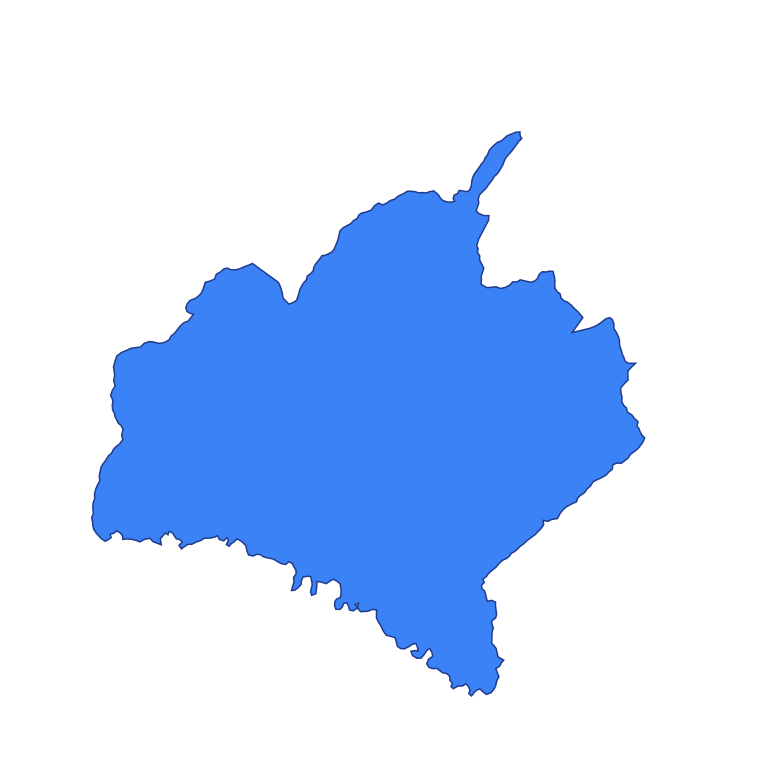 the district of Pindorama do Tocantins, Tocantins, Brazil, rotated 195°
{"feature_id": "56859067B48906669845388", "entity_name": "Pindorama do Tocantins", "entity_type": "district", "adm_level": 2, "iso_a3": "BRA", "parent_name": "Brazil", "parent_adm1": "Tocantins", "projection": "albers", "projection_center": [-47.568, -11.195], "detail": "fine", "context": "isolated", "style": "filled", "palette": "blue", "viewbox_px": 768, "rotation_deg": 195, "n_neighbors": 0, "source": "geoboundaries", "source_scale": "gbopen_adm2", "svg_char_len": 6172}
<svg xmlns="http://www.w3.org/2000/svg" viewBox="0 0 768 768"><g transform="rotate(195 384 384)"><path d="M628.6,171.9L626.6,168.3L622.7,165.0L617.2,161.5L612.7,159.9L610.0,162.3L607.8,165.1L609.7,168.1L606.5,169.7L604.1,173.0L600.4,172.0L597.3,169.7L596.0,166.3L592.3,167.8L588.1,168.6L583.3,168.8L578.9,168.3L575.4,171.7L570.2,174.4L566.2,171.9L557.5,171.1L560.1,176.6L558.4,179.7L557.0,183.4L553.6,182.5L553.4,186.0L550.1,185.6L544.7,180.8L540.8,180.7L538.0,179.2L540.2,175.0L537.0,172.3L535.1,174.8L532.0,178.3L528.1,179.5L524.5,182.8L520.4,185.4L517.9,188.4L511.5,190.4L508.1,192.2L505.5,194.4L502.8,191.2L498.2,191.0L495.9,195.0L493.7,192.6L494.7,188.2L491.5,187.2L490.2,190.3L488.0,192.7L485.8,196.4L481.2,195.2L475.6,192.2L473.4,187.6L470.6,183.8L465.8,184.0L462.8,186.6L459.2,187.2L455.8,185.9L451.3,185.9L445.9,186.3L437.1,183.9L432.3,184.2L429.8,187.8L425.9,186.8L423.3,183.6L420.9,181.4L419.7,177.9L421.3,173.9L419.7,169.4L419.9,160.6L417.0,161.6L414.6,164.5L412.2,169.1L412.9,172.9L412.2,176.6L408.6,178.3L405.0,179.1L402.8,174.9L401.4,171.7L401.4,167.7L401.1,164.1L399.2,161.2L395.6,163.7L396.6,171.3L397.7,175.9L393.6,176.4L388.1,176.2L385.0,179.8L382.6,182.3L378.6,181.4L374.8,179.7L372.4,174.8L371.2,170.3L371.1,166.3L374.3,163.8L375.1,160.6L374.4,157.2L372.1,153.9L368.1,155.0L366.5,157.9L366.2,161.6L363.3,163.0L361.1,160.6L358.7,156.7L354.9,157.0L351.7,160.8L347.7,158.0L340.9,160.3L337.1,163.1L332.8,164.0L330.8,156.3L328.2,153.0L324.7,149.9L321.1,145.6L317.0,142.0L307.6,141.9L303.2,134.2L299.7,132.8L296.0,133.3L292.2,136.5L289.6,139.6L286.1,141.7L283.7,138.6L282.1,135.0L285.5,134.4L288.8,132.8L286.2,129.1L281.2,127.6L277.1,128.9L275.1,133.4L273.7,137.4L271.5,140.5L268.1,136.8L266.5,133.6L269.7,129.6L270.3,124.8L267.4,122.0L263.7,121.6L259.2,122.9L252.9,120.3L248.2,120.5L244.9,118.6L243.6,114.8L240.5,112.5L241.0,109.2L238.3,107.6L234.2,111.5L229.9,112.7L227.3,115.7L224.3,113.7L221.7,110.6L221.9,106.8L218.7,105.4L216.9,109.7L215.0,112.5L212.4,114.2L209.1,112.5L204.8,110.6L200.5,113.7L198.5,118.5L198.0,122.9L198.3,126.9L197.2,130.8L202.4,138.1L199.3,141.3L198.5,144.9L196.9,148.2L200.2,149.1L203.4,150.1L207.2,157.5L210.0,159.8L212.8,161.3L215.4,172.2L215.3,176.6L217.5,179.9L218.7,183.0L215.6,186.9L215.6,190.4L218.9,198.7L219.9,202.3L224.0,202.9L228.1,200.8L230.9,206.2L233.2,210.1L236.8,211.9L237.6,215.1L235.8,218.1L237.9,221.3L235.3,224.4L234.1,227.8L231.5,231.8L228.4,236.1L226.4,240.5L223.5,244.8L220.2,247.4L218.2,250.4L217.2,253.4L214.6,255.9L212.4,258.8L210.6,262.3L208.0,265.4L205.4,269.6L198.9,277.8L197.4,280.7L195.0,284.8L193.3,289.3L195.0,293.5L190.2,293.7L186.9,296.6L181.6,299.0L180.2,305.3L178.2,309.3L176.0,312.6L172.9,315.6L167.5,320.2L167.5,323.8L165.5,327.2L162.2,330.9L160.7,335.2L158.3,338.6L156.7,343.8L153.8,346.4L149.7,349.7L145.8,353.6L143.9,357.4L141.5,360.5L142.0,365.4L138.5,367.9L134.1,369.0L129.2,375.5L127.7,379.8L122.2,386.9L120.0,391.7L118.7,395.7L118.3,399.5L121.4,401.3L123.8,403.5L126.0,406.7L128.8,408.9L128.9,413.4L133.0,415.4L136.4,418.2L141.6,419.8L143.5,423.4L147.1,425.5L149.9,428.8L150.6,432.8L152.7,436.5L154.4,441.4L152.2,446.0L149.3,451.1L150.7,455.4L151.7,459.8L149.5,464.0L146.4,469.1L153.2,467.3L157.0,468.4L159.4,472.0L161.8,474.7L163.2,477.6L165.4,480.5L166.9,483.6L167.8,487.0L169.8,490.4L173.0,494.1L176.3,497.1L177.5,501.6L180.1,505.4L183.3,506.5L186.7,504.3L190.1,499.7L193.1,496.2L196.6,493.2L200.2,490.7L215.6,482.4L209.1,499.6L215.4,504.0L219.5,506.1L223.6,508.7L228.3,510.7L231.7,510.9L235.2,512.9L237.3,516.7L240.7,518.1L243.6,520.7L245.0,524.6L245.5,527.8L247.4,532.2L249.9,536.5L253.4,535.8L256.5,534.1L260.2,533.4L262.5,530.1L263.1,525.4L265.1,522.4L268.7,520.2L279.3,519.9L282.0,517.0L286.1,516.0L288.1,512.1L292.3,508.3L296.4,506.4L301.2,506.9L305.4,505.1L309.7,503.7L316.0,505.5L317.0,510.2L318.0,513.4L317.6,521.7L323.7,528.5L324.7,532.5L327.9,535.5L328.1,539.1L330.3,541.6L330.1,548.4L325.4,569.1L326.3,573.8L331.1,572.5L336.7,573.3L339.8,575.2L339.3,583.4L340.8,587.0L340.8,591.3L338.5,595.4L336.2,599.2L335.0,602.7L332.1,609.6L331.2,613.0L329.4,615.6L327.8,619.4L326.0,625.9L325.6,629.9L325.0,633.5L323.0,638.0L320.8,642.2L316.7,653.0L314.5,656.7L316.9,659.3L317.9,662.6L321.7,661.4L329.4,655.5L333.3,649.6L337.3,646.4L340.1,642.2L342.7,637.4L343.3,632.5L344.9,628.2L345.2,625.0L346.8,622.0L348.1,617.9L350.0,613.2L351.5,608.6L351.8,604.3L351.0,598.0L351.4,593.4L354.0,591.2L361.6,590.4L362.3,586.8L365.0,584.9L365.2,581.1L363.1,578.7L366.0,577.1L370.5,576.1L375.4,576.7L378.2,578.7L380.8,581.1L386.0,583.4L389.8,581.5L392.8,579.4L396.6,578.8L399.9,577.6L403.1,577.8L407.2,577.3L411.3,576.3L414.4,572.9L417.0,570.8L419.6,568.4L421.4,565.4L425.5,562.8L428.4,559.3L431.5,556.6L436.1,557.4L439.3,553.8L441.3,548.7L445.8,545.5L449.9,543.3L452.0,540.8L452.6,537.2L455.8,533.9L457.6,530.3L463.7,524.6L466.1,520.6L465.8,511.3L467.0,501.5L468.5,498.0L473.5,493.5L477.1,491.9L478.2,488.8L481.0,482.4L482.0,478.7L481.7,475.2L483.4,471.6L486.1,468.3L485.9,464.4L487.8,461.0L488.9,457.3L489.7,453.3L489.7,448.1L490.1,442.2L493.3,438.8L496.5,436.6L499.9,438.5L503.8,441.0L506.3,446.5L508.4,449.9L510.4,452.6L512.5,454.9L542.3,466.4L544.8,464.3L549.3,461.1L552.5,458.4L555.5,456.6L558.5,455.3L561.8,454.7L565.5,455.4L568.5,453.7L571.0,449.9L574.4,446.7L574.8,441.5L579.0,438.2L583.0,435.9L583.3,428.3L584.0,424.6L585.5,421.6L588.2,418.0L592.9,414.6L594.8,410.8L595.2,406.3L592.9,403.0L589.7,402.1L586.2,402.0L587.5,398.5L589.5,394.0L592.9,391.7L595.7,387.7L599.3,379.1L602.0,375.3L603.2,370.7L606.1,367.9L610.4,365.4L613.9,364.8L617.2,365.0L621.8,364.2L626.2,361.2L628.8,356.7L637.4,353.1L645.9,346.3L649.3,341.9L649.7,336.7L649.7,330.5L647.8,326.2L646.3,322.1L645.9,317.0L643.2,312.5L644.8,307.2L645.1,302.4L641.5,297.7L640.9,293.0L639.5,289.0L636.9,286.0L635.5,283.1L630.4,277.3L627.3,275.9L624.3,272.6L624.2,266.8L622.0,262.7L623.9,257.6L626.6,254.2L628.5,250.6L629.2,246.7L631.6,243.3L633.1,238.1L634.9,233.7L635.8,230.6L635.2,221.3L633.5,216.9L634.5,212.8L635.2,208.2L635.2,202.9L633.7,198.4L634.2,194.1L633.4,189.7L631.3,184.1L631.7,179.2L629.8,175.4L628.6,171.9ZM351.7,160.8L354.7,163.5L351.9,165.6L351.7,160.8Z" fill="#3b82f6" stroke="#1e3a8a" stroke-width="1.5"/></g></svg>